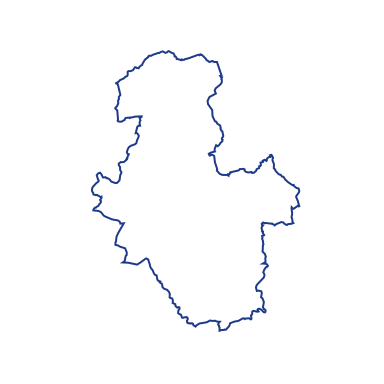 outline of Susticacán, Zacatecas, Mexico, rotated 242°
{"feature_id": "50627088B6300678420258", "entity_name": "Susticacán", "entity_type": "district", "adm_level": 2, "iso_a3": "MEX", "parent_name": "Mexico", "parent_adm1": "Zacatecas", "projection": "robinson", "projection_center": [-103.193, 22.63], "detail": "fine", "context": "isolated", "style": "outline", "palette": "blue", "viewbox_px": 384, "rotation_deg": 242, "n_neighbors": 0, "source": "geoboundaries", "source_scale": "gbopen_adm2", "svg_char_len": 6054}
<svg xmlns="http://www.w3.org/2000/svg" viewBox="0 0 384 384"><g transform="rotate(242 192 192)"><path d="M56.2,178.4L55.0,178.9L55.1,179.9L53.8,183.0L51.9,184.1L51.9,184.6L52.6,185.2L55.3,186.1L55.9,187.8L57.9,188.9L58.3,189.7L58.2,190.5L55.7,193.3L55.3,194.7L57.2,194.5L57.7,195.3L57.6,195.9L57.2,196.7L56.0,197.7L52.1,199.0L51.5,199.8L51.7,200.6L53.0,201.4L54.7,200.9L55.0,200.4L57.0,200.6L61.1,203.8L65.0,204.3L66.7,203.6L69.8,206.1L71.1,206.5L72.0,206.4L73.7,204.4L74.2,202.8L77.6,203.6L79.2,205.1L79.9,206.6L82.7,215.0L84.2,216.8L85.9,217.3L87.6,217.2L88.4,218.1L89.6,219.5L90.9,222.2L90.7,223.4L91.1,224.3L92.8,224.3L94.2,223.2L95.5,221.0L95.6,224.0L99.4,225.8L100.2,226.8L103.2,227.3L106.1,226.3L111.3,229.4L112.0,229.9L112.2,230.5L114.3,231.0L114.9,231.6L117.7,231.9L118.2,232.6L120.3,233.3L120.0,234.7L120.1,235.5L122.4,235.3L123.7,236.1L124.3,235.4L124.8,235.8L127.2,236.4L128.4,237.2L129.2,239.1L129.9,238.3L131.1,238.6L131.4,239.9L131.7,240.1L131.6,240.6L130.4,241.6L129.5,243.4L127.4,246.2L126.6,247.8L126.1,247.8L125.0,248.9L123.7,249.3L124.1,251.4L123.5,256.8L122.1,258.4L120.6,258.7L118.6,259.9L118.3,260.6L118.6,261.6L117.3,264.8L117.0,266.9L118.5,266.7L120.1,267.5L123.1,268.1L125.8,270.3L130.8,272.2L131.7,272.8L130.2,273.2L129.5,273.8L130.1,279.1L129.3,279.4L129.1,280.0L134.4,281.2L138.7,281.6L139.4,282.1L141.4,286.1L142.4,287.1L144.5,287.7L145.2,287.7L146.3,286.3L149.0,285.0L150.5,285.1L150.9,283.9L155.5,281.5L159.4,280.1L162.5,279.9L163.4,278.7L165.6,278.4L166.0,277.7L167.3,276.8L171.5,275.7L172.7,276.0L174.6,275.4L178.0,277.4L182.3,278.0L183.3,278.6L184.0,279.6L184.8,279.7L187.5,279.6L187.7,279.3L187.8,278.1L186.2,278.2L186.1,277.7L186.7,276.9L186.5,274.5L185.2,272.7L184.6,272.7L184.5,272.3L186.3,271.4L186.4,270.8L186.4,269.2L185.4,269.2L185.2,268.7L185.8,266.3L183.3,265.4L182.9,264.4L183.2,263.4L181.6,262.5L181.8,259.8L180.6,258.6L179.9,255.6L180.6,254.0L181.2,253.7L181.8,253.9L182.8,250.8L184.5,249.1L186.0,248.4L187.2,249.1L188.3,248.3L189.0,246.4L189.8,245.0L189.3,244.1L189.3,242.6L190.9,237.0L190.9,235.3L191.4,235.1L190.0,233.3L190.7,232.3L189.4,231.8L190.5,231.1L193.0,226.6L195.1,225.0L199.3,224.0L200.4,225.0L207.5,226.2L213.3,228.5L214.0,228.3L215.3,227.3L215.9,226.3L215.7,224.9L216.1,224.6L217.9,224.8L217.9,227.3L217.0,231.2L217.5,231.1L219.7,232.5L222.0,235.3L220.4,236.1L220.7,237.9L222.1,240.6L222.6,242.6L223.7,243.5L224.0,243.2L225.4,243.5L226.3,245.5L227.0,246.0L231.4,247.3L232.4,246.7L234.4,246.8L235.0,247.4L237.2,248.0L238.1,247.8L240.2,246.5L242.7,246.4L243.6,245.5L249.2,245.7L254.9,248.3L262.0,247.4L265.1,248.5L267.7,252.1L267.7,259.3L270.8,259.6L272.4,261.5L273.6,267.5L274.4,269.2L275.3,270.1L277.1,271.0L277.9,270.9L279.1,272.3L279.6,271.6L281.3,271.4L281.1,272.8L295.1,275.1L296.3,272.6L297.4,272.2L297.8,271.2L298.3,271.0L298.5,268.6L298.9,268.2L300.8,267.4L301.5,266.7L303.0,266.8L308.2,265.2L309.0,264.0L309.4,264.1L309.3,262.9L309.8,262.9L310.3,261.6L311.4,253.6L312.0,250.0L312.6,248.7L312.4,246.9L313.3,245.4L313.8,245.3L313.5,244.1L315.2,242.9L316.6,240.9L317.7,241.4L319.4,241.1L319.8,240.3L321.3,240.8L323.0,240.7L324.7,239.2L327.3,237.6L327.5,237.2L327.0,235.2L327.4,233.8L329.9,232.1L330.3,230.2L330.1,228.2L330.7,227.1L331.5,222.0L331.5,219.6L332.5,218.1L332.0,216.8L331.6,216.6L331.0,212.7L328.6,208.7L327.6,207.7L327.6,206.4L327.2,204.3L326.3,203.0L327.3,201.5L328.3,201.1L328.9,200.3L327.3,197.1L327.5,194.8L328.5,192.7L328.5,192.0L328.2,191.5L325.7,190.3L324.8,189.2L325.0,187.2L324.3,185.1L324.6,180.9L323.8,178.8L323.8,176.1L323.4,176.0L322.0,177.1L311.3,174.3L310.3,172.0L308.3,171.1L307.5,169.7L304.7,168.4L302.8,165.8L302.4,164.0L301.8,163.5L299.1,164.3L290.9,160.8L289.9,159.8L289.3,159.8L287.8,161.4L287.1,163.4L287.4,165.0L287.2,166.2L288.4,167.7L288.3,168.8L286.9,172.1L286.5,172.0L286.4,173.3L285.6,175.4L285.4,176.9L282.5,183.0L281.8,182.4L282.2,180.5L279.4,180.1L278.8,179.0L276.9,177.8L274.9,177.3L275.7,175.6L275.1,174.2L270.4,169.9L270.1,170.9L269.0,171.3L267.0,171.5L266.0,171.0L263.4,167.7L261.2,165.7L260.9,163.5L261.5,160.1L261.2,157.3L259.9,155.3L257.8,153.2L255.8,153.0L255.0,153.9L251.8,149.6L251.6,150.2L251.4,150.0L251.4,148.7L251.2,149.4L250.5,146.2L251.2,143.9L251.9,143.2L251.4,140.7L250.2,140.0L248.0,140.2L244.9,138.8L242.7,139.0L242.1,138.6L240.6,136.6L236.4,133.5L235.2,130.3L235.9,128.5L239.1,125.6L241.9,125.1L244.1,123.7L244.4,122.9L245.6,122.7L246.6,120.2L250.6,120.3L252.2,119.8L252.5,118.1L251.6,115.8L247.4,114.9L246.2,115.1L245.2,114.4L244.7,111.4L242.8,106.3L240.8,104.6L239.4,104.1L237.5,104.3L236.1,103.8L234.3,105.7L234.4,106.1L234.0,106.7L230.7,108.8L230.4,109.9L229.3,109.4L228.1,107.1L227.0,107.4L226.1,107.0L225.1,105.7L224.9,104.7L223.7,102.8L223.7,100.9L223.3,99.8L223.7,98.9L223.6,98.4L223.0,97.1L222.1,96.3L219.1,100.6L217.1,102.1L212.6,103.0L211.3,103.7L205.3,108.6L201.8,113.1L200.2,114.1L198.7,114.2L197.7,113.9L196.4,117.1L190.2,107.2L187.8,104.2L184.3,101.9L183.1,100.5L181.2,99.6L179.9,101.3L177.5,102.8L173.7,106.5L169.5,106.1L167.0,104.7L166.6,103.4L162.6,100.1L162.3,97.8L159.5,102.5L153.7,109.4L153.9,113.0L154.9,119.8L154.8,120.4L153.1,121.6L147.7,120.7L146.0,120.1L143.5,120.0L142.1,120.5L137.5,120.2L136.0,120.6L135.0,121.6L131.0,120.3L129.8,120.4L128.0,121.9L127.7,121.1L126.3,121.5L125.3,122.3L123.7,122.1L122.2,121.3L119.9,121.8L117.3,124.1L114.4,124.8L112.3,124.5L109.6,122.8L108.8,122.9L107.5,124.4L106.6,124.5L105.0,124.1L103.0,122.8L100.8,124.6L99.1,123.9L97.2,124.5L96.8,124.8L96.7,126.1L96.0,126.7L94.7,126.2L93.8,124.3L91.6,122.9L90.6,123.2L88.8,124.7L85.8,124.2L85.1,125.0L85.0,126.4L84.3,127.5L84.1,128.6L83.2,128.8L82.3,128.9L81.6,128.4L80.5,126.9L78.6,126.5L78.1,127.4L77.3,127.7L77.1,128.5L76.3,129.2L76.3,130.2L75.8,130.6L75.2,131.0L73.6,130.7L71.5,132.0L72.1,133.0L72.4,136.8L70.0,144.0L70.1,147.5L68.7,149.3L67.3,152.2L66.1,152.9L64.4,155.6L63.8,154.0L62.7,152.8L61.2,153.1L60.2,152.6L59.3,152.7L56.6,151.2L56.4,152.9L55.4,155.0L55.3,156.2L54.7,156.6L54.5,157.4L56.2,162.0L58.2,164.1L57.8,168.0L56.4,172.7L56.6,177.2L56.2,178.4Z" fill="none" stroke="#1e3a8a" stroke-width="2"/></g></svg>